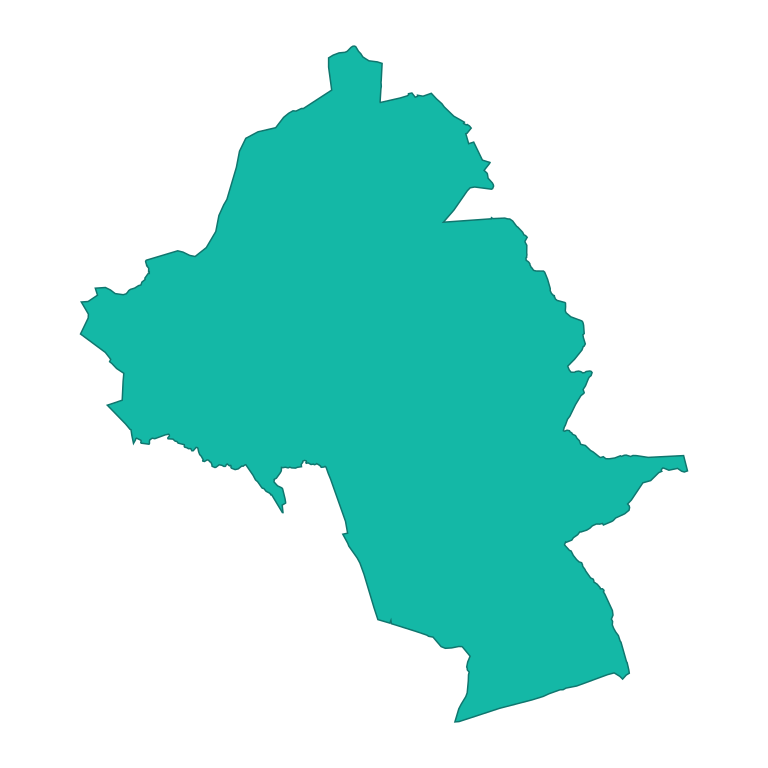 Time nor, Rogaland, Norway
{"feature_id": "86288312B70741506044896", "entity_name": "Time nor", "entity_type": "district", "adm_level": 2, "iso_a3": "NOR", "parent_name": "Norway", "parent_adm1": "Rogaland", "projection": "albers", "projection_center": [5.769, 58.707], "detail": "fine", "context": "isolated", "style": "filled", "palette": "teal", "viewbox_px": 768, "rotation_deg": 0, "n_neighbors": 0, "source": "geoboundaries", "source_scale": "gbopen_adm2", "svg_char_len": 6092}
<svg xmlns="http://www.w3.org/2000/svg" viewBox="0 0 768 768"><path d="M622.6,679.1L626.3,675.0L629.3,673.2L628.8,669.9L627.1,662.5L626.5,661.7L621.0,642.2L620.1,640.9L618.4,635.6L615.7,632.0L613.7,628.4L612.3,624.9L612.6,621.4L611.4,619.1L613.0,615.1L612.4,610.5L604.8,594.1L603.4,591.9L604.0,590.9L603.9,590.2L602.5,588.8L600.4,588.8L600.1,587.6L597.2,584.2L593.9,582.0L593.8,580.7L593.3,579.2L590.6,577.9L585.7,571.0L584.9,569.3L582.7,566.3L582.5,564.8L581.6,562.7L579.1,561.9L576.6,559.6L573.3,555.4L571.1,551.0L569.5,550.4L564.7,545.1L564.6,544.5L565.6,542.0L566.3,542.3L571.8,540.1L573.4,537.7L577.7,534.7L579.8,531.9L580.9,532.0L586.8,530.1L589.9,528.2L592.4,525.8L596.4,524.0L599.7,524.1L602.5,523.5L603.4,525.0L611.7,521.5L613.3,520.5L615.6,518.0L624.7,513.8L629.0,510.3L629.6,507.6L629.2,505.9L627.6,504.0L631.4,500.0L642.9,482.8L650.7,480.6L658.7,472.7L661.8,471.3L661.3,470.6L661.4,469.6L662.6,468.1L663.7,468.1L668.9,470.2L677.6,468.4L681.6,471.2L684.3,472.0L687.5,470.9L683.6,455.6L648.2,457.4L636.3,455.6L632.9,455.5L630.7,456.5L626.2,455.1L624.1,455.3L621.5,456.4L620.4,455.8L614.7,458.0L609.1,458.8L605.8,458.7L603.3,456.7L600.8,457.5L599.7,457.2L593.1,451.9L590.6,450.5L585.4,445.5L580.7,444.3L579.3,440.6L577.0,438.3L575.5,435.6L572.5,434.2L571.7,432.8L570.2,432.0L569.4,430.7L567.0,430.2L564.7,431.2L563.4,430.7L564.2,427.4L565.4,425.1L567.5,419.3L569.9,416.1L575.5,404.6L580.9,395.7L583.9,393.3L584.2,392.6L583.1,389.5L585.5,385.8L588.5,378.4L589.4,377.0L591.1,375.6L592.1,372.6L591.2,371.4L589.8,371.0L586.1,371.5L584.9,372.5L582.8,372.9L580.8,371.6L578.6,371.1L575.9,371.5L574.4,372.3L571.1,372.2L569.2,369.9L567.7,366.2L574.7,359.1L582.0,350.0L583.2,346.7L584.2,346.1L585.3,343.9L583.4,337.7L582.9,334.8L584.2,333.6L583.6,325.3L583.1,323.0L582.4,321.4L581.5,320.8L570.8,316.8L566.1,312.8L565.3,310.8L565.6,306.9L565.5,303.1L564.9,302.5L557.1,300.4L555.3,298.9L554.7,297.0L554.1,296.7L554.3,295.6L553.0,295.2L552.6,294.4L551.5,293.6L550.2,290.6L550.2,288.4L547.6,279.3L544.7,272.2L543.5,271.1L536.0,271.0L533.5,270.3L532.1,268.1L531.3,267.5L530.0,264.9L529.8,263.6L528.5,261.9L526.2,260.3L525.9,258.1L526.7,257.3L526.6,256.5L526.9,254.8L526.7,253.0L526.8,245.3L525.1,242.2L525.0,241.2L527.2,237.3L525.6,235.6L523.9,234.8L522.7,232.3L517.9,227.2L516.6,226.3L512.7,221.0L509.8,219.0L507.7,218.9L504.8,218.1L492.9,218.6L491.5,217.7L491.3,218.8L443.4,222.2L453.9,210.1L467.3,190.8L470.2,187.8L474.7,187.0L491.5,189.2L492.6,188.6L493.6,186.1L493.3,184.7L492.4,183.0L488.1,178.2L487.4,173.9L486.9,173.0L484.1,170.4L489.6,163.4L490.0,162.5L482.4,160.1L473.7,142.1L468.7,143.7L465.8,133.7L467.0,133.3L471.2,128.1L469.5,126.0L467.2,124.5L466.3,124.9L463.6,123.5L464.4,122.2L453.8,116.2L444.2,106.9L441.9,103.7L436.6,99.0L431.3,93.3L423.0,96.2L417.5,95.2L417.6,96.3L415.2,97.2L411.9,93.0L408.5,93.7L408.6,94.8L407.1,95.9L400.1,98.0L380.3,102.5L380.1,101.8L380.9,89.0L381.3,86.4L381.0,81.9L381.2,81.1L382.1,63.4L377.4,61.9L368.9,60.8L365.7,58.8L362.8,56.9L360.8,53.7L358.5,51.3L355.7,46.6L354.4,46.1L352.9,46.2L351.1,47.3L347.2,51.3L345.0,52.3L339.0,52.9L333.2,55.1L328.6,57.9L328.6,67.1L331.7,90.1L303.4,108.5L301.4,108.5L296.0,111.1L293.0,110.8L288.6,113.3L283.6,117.4L275.7,127.7L258.0,131.8L245.8,138.3L239.5,151.2L236.4,167.3L226.9,199.4L223.7,204.9L218.9,215.5L215.8,231.5L206.3,247.6L195.1,256.5L189.7,255.4L183.0,252.1L177.7,250.8L146.3,260.2L145.6,261.2L145.7,261.9L146.5,264.7L147.1,265.7L146.8,265.9L148.7,268.2L148.6,271.5L149.3,271.6L149.3,273.4L148.4,273.2L144.9,278.1L145.1,279.5L141.9,282.1L140.9,285.0L138.6,285.6L134.6,288.1L130.4,289.4L128.7,290.6L127.5,292.4L126.0,293.9L123.2,294.7L115.2,293.6L110.5,290.0L105.4,287.5L95.3,288.2L97.5,295.2L88.1,301.5L81.3,302.0L88.4,314.1L88.2,318.0L80.5,334.0L105.3,352.4L110.7,359.3L109.6,361.7L111.8,363.4L116.6,368.5L123.8,373.3L123.1,381.5L122.2,400.2L107.3,405.2L125.6,424.0L130.0,429.3L131.0,429.7L131.8,435.2L133.5,443.4L135.4,440.1L135.9,438.6L136.6,438.2L140.8,440.2L141.1,440.9L140.8,442.7L141.3,443.2L149.0,444.2L149.5,443.3L149.4,441.4L149.8,439.9L152.2,438.2L154.8,438.7L165.2,434.9L168.7,434.2L169.3,434.9L169.4,436.0L167.9,437.7L167.8,438.3L168.1,438.8L172.9,439.1L175.1,441.1L176.9,441.5L178.1,443.1L184.3,444.7L184.3,446.6L184.6,447.1L187.0,447.8L188.4,448.7L190.7,448.6L191.9,450.8L193.3,450.7L196.1,447.4L197.5,447.7L197.9,448.3L198.6,451.7L199.7,454.6L201.3,456.3L203.2,459.8L202.7,460.7L202.8,461.1L204.5,461.5L207.1,459.9L208.7,460.3L209.7,461.7L210.8,462.2L211.8,464.3L212.1,466.3L214.9,467.5L215.9,467.3L219.2,464.8L221.9,465.3L223.8,466.4L225.2,466.4L225.7,466.0L226.3,464.6L227.2,464.0L229.4,465.8L230.7,465.4L231.0,466.0L231.0,467.6L231.5,468.2L235.1,469.6L238.2,468.9L241.7,466.1L243.2,466.2L244.6,465.1L245.8,464.7L253.0,475.2L255.5,479.9L257.6,481.7L261.6,487.4L262.3,488.2L263.8,488.5L266.1,491.3L269.5,493.1L270.7,494.1L270.6,494.6L271.0,495.0L271.8,495.0L282.4,512.6L283.0,512.6L282.2,505.1L285.6,503.1L285.6,502.3L285.0,498.6L282.9,490.0L282.5,488.6L281.7,487.8L277.5,485.8L274.0,481.9L274.0,481.4L274.3,480.0L274.1,479.4L276.4,478.2L280.3,472.8L281.3,470.8L281.5,467.4L282.8,467.7L285.3,467.2L288.1,467.9L289.8,467.2L291.7,467.9L295.6,468.1L297.4,467.3L301.5,466.7L301.2,464.5L302.8,462.2L302.7,461.4L302.9,461.1L304.5,460.4L306.3,460.9L306.5,461.5L305.9,462.7L306.3,463.3L308.2,462.9L311.0,464.5L313.4,464.1L314.3,464.7L315.9,464.3L316.7,463.6L320.5,465.9L320.5,466.5L321.3,467.3L324.1,467.0L325.0,466.4L326.1,467.3L328.3,473.6L330.5,478.9L345.5,521.3L347.6,533.2L342.8,534.2L347.8,543.4L348.8,546.1L357.2,558.0L359.9,563.0L364.0,574.3L374.0,607.7L377.9,619.6L389.8,623.1L390.9,620.4L391.4,623.7L415.6,631.3L426.8,635.1L428.6,636.3L433.0,637.1L441.1,646.6L445.3,648.3L451.7,647.9L458.7,646.5L461.8,646.6L462.5,647.0L470.1,656.2L467.7,662.0L466.7,667.0L467.2,668.2L467.3,669.9L469.2,672.1L468.5,674.7L468.3,681.0L467.2,692.8L465.8,696.6L461.3,704.0L458.8,708.8L454.9,721.9L459.0,721.6L499.6,708.3L532.0,699.9L543.3,696.4L548.9,693.8L560.0,689.8L563.1,689.7L566.0,688.1L576.7,686.0L607.7,674.6L614.2,672.9L619.9,676.4L622.6,679.1Z" fill="#14b8a6" stroke="#0f766e" stroke-width="1.5"/></svg>